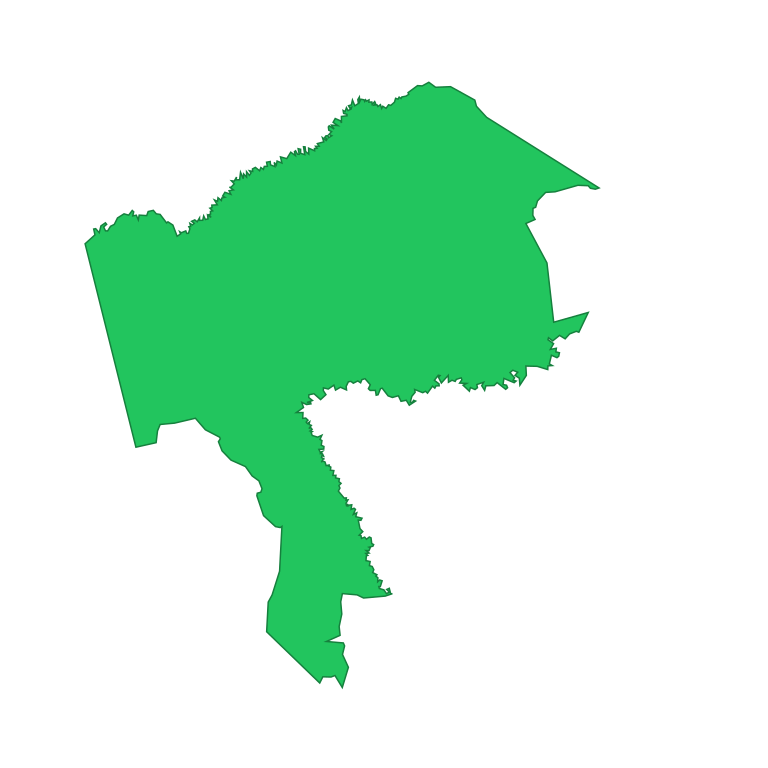 the district of El Paso, Cesar, Colombia, rotated 76°
{"feature_id": "7082276B67195884922096", "entity_name": "El Paso", "entity_type": "district", "adm_level": 2, "iso_a3": "COL", "parent_name": "Colombia", "parent_adm1": "Cesar", "projection": "mercator", "projection_center": [-73.703, 9.704], "detail": "fine", "context": "isolated", "style": "filled", "palette": "green", "viewbox_px": 768, "rotation_deg": 76, "n_neighbors": 0, "source": "geoboundaries", "source_scale": "gbopen_adm2", "svg_char_len": 6169}
<svg xmlns="http://www.w3.org/2000/svg" viewBox="0 0 768 768"><g transform="rotate(76 384 384)"><path d="M404.3,307.6L411.6,302.9L408.4,301.0L411.4,297.0L410.2,294.2L407.0,294.1L406.4,286.9L409.3,289.6L414.5,287.9L410.4,285.6L412.1,277.6L410.0,273.9L418.6,267.2L417.5,265.0L414.8,265.4L413.3,268.6L407.6,266.3L414.2,257.4L413.1,255.1L411.6,257.8L409.5,255.8L403.4,259.0L401.8,255.7L404.9,251.4L407.3,254.8L411.1,251.3L418.0,252.4L410.1,243.8L400.9,242.0L403.9,231.1L409.6,221.6L406.1,220.6L406.8,216.3L404.5,218.7L396.6,214.6L400.3,209.8L399.4,207.8L396.1,206.2L394.4,209.5L391.0,208.1L390.7,214.3L385.9,209.7L380.7,214.2L378.9,213.2L383.0,209.9L379.3,201.9L384.0,197.3L380.3,191.8L379.4,184.7L380.9,182.4L364.0,168.5L365.1,204.4L306.0,196.6L262.6,207.5L260.9,197.6L256.4,198.8L249.6,196.9L249.2,194.1L243.5,190.8L237.2,180.8L238.9,171.5L238.1,147.8L241.0,137.9L244.0,136.4L246.1,131.8L245.8,127.9L150.1,219.9L136.9,227.1L130.5,227.2L111.6,247.5L108.6,262.1L102.1,267.5L104.0,274.8L102.6,279.3L107.1,290.2L108.9,289.9L110.0,292.9L109.8,297.3L111.1,298.4L109.3,299.9L111.0,301.5L109.6,303.6L113.1,305.7L115.3,310.0L114.2,312.0L117.0,315.3L114.2,318.0L116.1,319.6L112.1,319.9L113.3,322.8L111.3,323.3L111.0,326.2L109.7,324.3L107.7,324.7L109.8,327.8L107.4,327.6L106.9,330.5L104.7,329.8L105.3,332.6L103.8,333.1L105.1,334.4L103.4,334.6L102.1,337.5L104.2,339.3L99.6,338.5L101.7,340.6L105.6,341.0L107.0,345.0L100.8,345.9L105.3,348.2L105.4,351.1L108.1,350.4L107.7,348.5L109.3,349.4L110.0,352.8L106.8,353.6L110.2,355.8L108.7,357.5L111.7,357.7L113.4,354.7L114.8,355.0L114.1,360.6L120.4,362.1L118.0,362.7L114.6,367.1L117.8,370.1L122.1,366.3L120.1,372.3L124.6,370.7L120.2,374.7L121.1,375.8L124.4,376.2L126.4,373.8L128.6,377.1L130.5,374.6L131.6,378.1L129.4,378.3L129.2,380.4L130.4,381.8L132.6,380.0L133.7,381.1L130.1,384.1L134.5,383.9L134.6,390.5L137.6,389.4L136.8,392.9L139.1,391.9L138.7,394.5L140.9,394.9L136.9,400.1L142.7,401.4L139.4,403.8L134.8,403.2L134.3,404.7L142.3,405.4L140.0,409.1L136.1,408.1L134.9,410.4L140.6,410.7L140.2,412.3L136.3,413.4L136.9,414.7L141.0,414.7L136.5,418.4L141.8,423.8L138.6,429.5L144.9,429.6L141.8,433.8L145.6,435.5L142.4,436.9L146.7,437.2L143.9,441.1L140.6,440.6L140.4,444.3L144.6,444.5L143.9,447.5L146.6,449.1L144.2,451.1L147.0,453.1L142.7,456.4L143.5,459.6L146.0,460.0L144.5,463.0L147.1,462.0L149.0,464.1L144.8,466.0L150.0,467.3L146.2,469.4L150.8,470.9L143.9,472.0L150.9,474.7L150.1,478.1L147.5,477.0L150.9,480.2L149.9,482.9L153.6,480.9L156.2,485.0L155.5,486.3L159.2,483.2L159.0,487.6L162.9,486.7L159.5,492.0L162.6,495.1L164.3,493.2L164.3,496.4L166.6,497.4L163.1,500.0L166.5,501.3L164.4,504.0L169.8,502.4L168.8,507.8L171.2,508.2L171.3,510.4L174.5,508.4L174.5,510.7L177.2,511.2L177.3,512.7L180.5,511.5L177.3,514.3L181.2,514.8L181.2,517.5L177.3,518.3L181.3,520.3L180.6,523.4L178.2,522.8L181.4,526.0L179.0,527.9L179.6,531.3L182.2,529.2L183.3,531.5L181.2,533.5L184.4,533.5L184.2,535.3L186.5,534.8L190.5,537.3L190.1,539.0L187.5,539.3L188.2,544.1L186.8,545.4L189.2,545.1L190.6,549.0L178.7,550.4L174.4,554.4L175.1,556.0L165.3,560.2L163.8,563.8L159.7,565.8L159.6,571.1L163.2,573.5L160.9,580.7L165.3,582.7L160.3,583.5L160.1,587.1L156.4,585.2L154.7,586.3L158.4,590.9L156.0,595.1L158.4,602.4L163.9,607.1L164.8,611.2L168.6,615.1L168.0,617.2L163.8,618.0L162.0,614.5L160.2,615.3L162.1,620.4L168.3,623.7L163.5,626.2L163.4,628.2L169.4,628.4L175.6,640.1L385.3,640.0L385.8,619.3L374.7,615.1L369.1,611.0L371.3,596.7L371.6,575.3L385.2,568.4L395.8,556.4L397.6,556.1L399.9,558.6L409.7,557.3L420.8,550.9L430.6,538.4L441.3,534.2L447.7,528.8L456.1,527.7L459.2,529.7L459.3,533.4L461.7,534.4L482.6,532.7L496.1,523.8L498.2,519.4L497.5,517.5L540.4,530.6L561.6,543.6L567.6,549.1L596.0,557.8L658.6,518.7L653.3,514.2L655.5,506.3L655.0,502.1L668.4,497.9L650.3,487.1L636.4,489.7L628.6,485.6L625.4,486.1L619.9,502.2L617.2,487.4L608.5,486.2L597.0,480.6L584.9,478.7L577.3,475.1L582.1,461.1L586.7,455.6L590.1,434.1L589.5,426.6L589.1,428.3L583.5,428.3L584.0,431.1L587.2,429.1L588.0,432.3L583.7,433.9L581.3,438.0L579.3,438.0L579.7,436.6L574.5,433.4L573.1,435.6L574.4,438.0L570.5,436.8L568.4,438.4L567.4,437.0L564.2,440.6L561.7,438.8L558.2,439.6L556.7,442.1L552.9,440.4L551.0,444.2L546.4,442.7L546.4,441.2L544.0,442.7L544.4,439.4L541.3,441.6L542.1,438.9L539.6,437.0L538.7,438.0L538.7,434.0L537.3,432.9L535.8,434.5L530.1,433.8L528.9,435.3L530.4,438.6L527.9,439.8L528.4,443.2L525.5,443.0L524.7,444.7L522.1,440.3L518.5,442.3L509.8,441.9L510.7,439.4L508.9,437.8L505.9,443.5L502.4,441.6L503.1,445.3L498.7,442.0L497.3,443.1L497.7,446.3L493.4,444.5L493.0,448.0L491.5,448.7L493.6,448.7L493.1,449.8L490.5,449.7L487.7,447.0L487.5,449.0L485.4,448.1L485.0,450.3L476.9,454.2L474.3,451.9L471.7,452.4L470.0,449.7L467.8,451.4L465.1,450.2L463.4,453.7L461.0,452.7L460.3,455.7L455.9,453.6L454.7,456.9L451.8,455.7L449.8,458.0L449.3,456.1L449.2,459.9L445.4,460.1L443.6,462.5L444.9,463.7L441.9,461.1L442.5,459.9L440.3,462.5L438.5,461.5L439.4,460.1L436.9,460.6L436.2,462.4L434.6,460.0L434.7,462.4L431.7,463.0L432.6,458.2L430.1,457.4L428.3,459.7L423.9,457.9L422.3,459.5L418.7,456.7L419.5,461.2L416.6,466.1L413.3,466.4L412.8,465.1L411.7,467.1L410.6,464.7L408.3,465.8L409.1,467.7L406.6,464.5L405.1,466.5L402.7,465.3L403.9,467.9L402.1,468.7L400.7,466.5L398.1,468.2L397.7,471.2L392.1,469.5L390.5,476.0L387.3,467.8L381.9,468.2L385.2,464.1L385.6,459.7L384.2,459.7L383.3,463.2L382.7,457.4L378.9,460.3L376.3,459.5L376.5,454.3L383.8,449.3L380.3,442.9L375.8,444.5L373.1,443.7L375.4,439.3L373.0,432.9L378.2,432.5L376.6,427.1L380.7,421.8L377.2,421.3L373.2,418.0L373.5,415.4L375.8,413.6L374.7,408.7L377.2,406.4L374.4,404.4L374.3,401.1L381.4,397.5L384.8,400.3L386.9,399.0L388.1,393.9L393.0,394.3L393.0,392.4L387.7,388.5L387.6,386.8L396.5,382.9L399.1,379.1L398.9,372.9L404.9,371.7L405.2,366.3L410.7,364.6L408.2,357.5L407.0,359.2L408.8,361.0L408.0,362.9L402.7,360.0L399.6,355.8L396.7,355.6L401.8,348.5L401.1,345.5L403.4,344.0L397.8,337.4L400.3,335.7L398.4,334.0L399.1,330.9L397.1,330.6L392.6,334.2L388.6,329.2L389.4,327.6L390.7,329.5L396.9,328.1L391.2,319.6L397.9,321.0L396.8,317.1L398.7,314.3L397.0,312.7L396.7,307.6L398.7,307.4L401.4,310.4L403.4,303.8L404.3,307.6Z" fill="#22c55e" stroke="#15803d" stroke-width="1.5"/></g></svg>